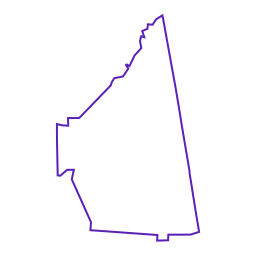 Cherokee, Alabama, United States of America
{"feature_id": "52423323B74850919464616", "entity_name": "Cherokee", "entity_type": "district", "adm_level": 2, "iso_a3": "USA", "parent_name": "United States of America", "parent_adm1": "Alabama", "projection": "mercator", "projection_center": [-85.586, 34.233], "detail": "fine", "context": "isolated", "style": "outline", "palette": "violet", "viewbox_px": 256, "rotation_deg": 0, "n_neighbors": 0, "source": "geoboundaries", "source_scale": "gbopen_adm2", "svg_char_len": 783}
<svg xmlns="http://www.w3.org/2000/svg" viewBox="0 0 256 256"><path d="M191.8,186.9L189.7,173.9L189.3,169.8L181.1,121.3L181.0,120.4L180.2,115.5L180.0,114.0L178.9,107.5L176.2,91.3L175.1,85.0L171.7,66.3L166.0,34.8L166.0,34.6L164.1,24.3L162.9,17.7L162.4,15.4L156.1,19.3L152.6,24.7L147.8,24.3L147.5,28.7L142.2,31.1L144.3,37.2L141.1,36.3L140.0,41.0L141.3,48.1L134.6,55.4L129.5,66.0L126.8,64.5L126.0,65.1L128.3,68.5L123.1,76.4L114.3,78.2L111.8,82.1L110.8,85.4L79.2,118.0L68.0,118.1L68.2,125.7L62.8,125.4L56.9,124.1L57.0,140.9L57.7,175.4L60.3,175.7L67.1,169.8L73.8,169.8L71.8,179.4L91.0,222.2L90.4,230.2L99.0,230.8L157.4,235.0L157.2,240.6L168.1,240.3L168.3,234.7L190.6,234.6L199.1,231.9L196.8,218.0L196.6,217.2L192.3,190.2L191.8,186.9Z" fill="none" stroke="#5b21b6" stroke-width="2"/></svg>